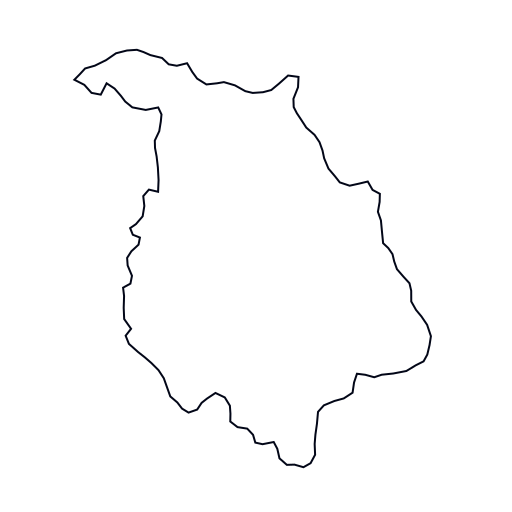 São Félix de Minas, Minas Gerais, Brazil, rotated 266°
{"feature_id": "56859067B81649197626809", "entity_name": "São Félix de Minas", "entity_type": "district", "adm_level": 2, "iso_a3": "BRA", "parent_name": "Brazil", "parent_adm1": "Minas Gerais", "projection": "orthographic", "projection_center": [-41.443, -18.569], "detail": "fine", "context": "isolated", "style": "outline", "palette": "ink", "viewbox_px": 512, "rotation_deg": 266, "n_neighbors": 0, "source": "geoboundaries", "source_scale": "gbopen_adm2", "svg_char_len": 1980}
<svg xmlns="http://www.w3.org/2000/svg" viewBox="0 0 512 512"><g transform="rotate(266 256 256)"><path d="M155.0,422.9L163.8,424.9L175.4,421.9L184.2,416.8L191.0,411.9L199.8,407.7L210.5,408.4L218.1,407.2L224.9,401.8L233.0,395.7L240.9,393.5L248.3,392.3L254.7,388.5L259.9,383.7L270.1,383.4L282.8,383.1L291.6,380.7L301.3,383.1L309.4,383.9L313.8,376.9L322.5,372.7L321.0,363.8L319.6,354.3L323.6,344.7L329.8,340.5L338.1,334.4L348.7,330.8L356.6,329.7L365.1,327.3L372.7,322.9L380.6,315.1L389.1,310.4L395.6,306.7L401.9,304.0L410.2,304.3L421.4,309.7L431.7,310.9L433.8,300.6L426.3,290.9L420.5,282.8L418.9,274.4L418.9,264.1L421.2,256.8L427.7,246.9L431.7,236.1L431.0,229.1L430.6,218.5L437.1,209.6L444.0,205.3L453.1,200.7L451.3,190.3L453.3,182.3L460.1,176.1L463.8,164.6L467.3,158.0L470.0,151.6L470.0,141.6L468.0,130.5L461.9,120.2L457.1,108.5L455.0,98.6L449.6,92.9L444.5,87.1L438.7,96.7L430.2,103.3L427.8,112.4L438.7,119.0L432.9,126.6L425.2,132.4L419.2,136.3L412.9,143.0L409.4,156.2L411.0,168.8L403.8,171.6L396.7,170.4L387.3,168.2L378.2,163.1L370.9,162.8L362.2,163.8L351.3,164.3L338.5,164.1L326.9,162.8L329.7,153.8L323.6,147.7L313.7,148.1L303.5,145.7L296.2,138.5L292.6,132.4L285.8,134.6L282.5,141.5L275.5,139.6L269.4,132.0L263.1,127.3L255.5,127.3L244.9,130.9L237.2,128.8L233.7,121.2L225.3,121.6L213.5,120.4L202.3,120.1L192.1,126.3L185.6,120.4L177.2,123.1L168.4,131.7L162.6,138.1L156.5,144.2L148.9,150.8L140.5,155.5L132.6,157.7L121.9,160.7L115.4,167.3L108.9,171.6L104.5,177.8L106.9,186.6L113.3,191.5L117.2,197.2L122.2,206.0L117.1,215.0L108.5,219.5L100.5,219.5L92.7,218.8L86.6,225.6L84.4,235.2L77.8,240.6L69.9,242.3L67.8,249.4L69.2,260.7L62.2,263.8L52.5,265.3L45.5,272.2L45.2,279.8L42.0,288.6L45.5,296.0L53.6,301.1L64.4,301.4L73.6,302.8L84.4,305.1L96.2,307.0L102.3,313.3L105.9,324.1L107.8,333.6L112.9,342.8L123.0,345.0L131.5,348.5L129.9,356.7L126.8,365.5L128.8,373.1L129.2,384.7L130.8,398.0L135.8,407.7L139.2,415.8L145.7,420.0L155.0,422.9Z" fill="none" stroke="#020617" stroke-width="2"/></g></svg>